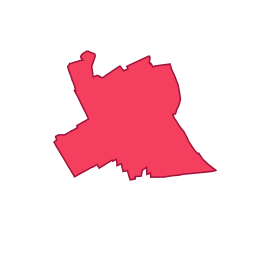 outline of Gighera, Dolj, Romania, rotated 233°
{"feature_id": "2599482B25349704513245", "entity_name": "Gighera", "entity_type": "district", "adm_level": 2, "iso_a3": "ROU", "parent_name": "Romania", "parent_adm1": "Dolj", "projection": "orthographic", "projection_center": [23.823, 43.841], "detail": "fine", "context": "isolated", "style": "filled", "palette": "rose", "viewbox_px": 256, "rotation_deg": 233, "n_neighbors": 0, "source": "geoboundaries", "source_scale": "gbopen_adm2", "svg_char_len": 5122}
<svg xmlns="http://www.w3.org/2000/svg" viewBox="0 0 256 256"><g transform="rotate(233 128 128)"><path d="M213.4,116.8L209.9,115.5L209.7,115.4L209.2,115.3L208.4,115.0L208.0,114.9L207.3,114.7L206.9,114.4L206.6,114.4L205.9,114.2L205.3,114.1L204.9,114.0L204.0,113.8L203.3,113.5L203.1,113.4L202.3,113.1L199.8,112.2L198.7,111.9L198.3,111.9L197.9,111.8L197.5,111.7L196.5,111.4L196.3,111.3L196.1,111.3L195.6,111.1L194.6,110.9L194.0,110.7L193.7,110.6L192.5,110.1L192.1,109.8L191.1,109.5L190.4,109.2L189.3,108.7L189.5,108.5L190.3,107.8L190.3,107.7L188.0,107.4L185.3,107.0L184.4,106.9L182.1,106.5L178.7,105.8L177.7,105.6L176.7,105.4L174.8,105.0L173.6,104.8L170.7,104.3L170.6,104.2L170.5,104.3L170.1,104.2L169.8,104.1L169.7,104.1L167.4,103.7L163.4,102.9L162.8,102.8L162.5,102.8L162.4,102.7L161.4,102.5L160.0,102.2L159.0,101.9L159.6,96.8L159.8,95.9L160.0,94.5L160.1,93.5L160.1,93.1L160.2,92.2L160.4,90.4L160.6,88.7L160.6,88.4L158.6,88.0L158.7,87.6L158.8,87.0L158.8,86.8L158.9,86.2L159.0,85.7L159.0,85.3L159.0,85.1L159.1,84.4L159.3,83.5L159.3,83.0L159.4,82.7L159.5,82.0L159.5,81.9L159.7,81.6L159.7,81.4L159.8,81.2L159.9,80.9L159.9,80.5L159.8,80.3L159.8,80.1L159.8,79.5L159.9,79.2L159.9,78.9L160.0,78.6L160.2,76.8L160.5,75.1L160.5,74.8L160.5,74.5L160.7,73.4L160.8,73.1L160.9,72.9L161.2,72.5L161.4,72.3L161.8,71.8L162.2,71.2L162.7,70.6L163.0,70.2L163.3,69.8L163.4,69.6L163.5,69.5L163.8,69.0L164.1,68.7L164.3,68.4L164.5,67.7L164.6,66.9L164.6,66.7L164.6,66.4L164.8,65.5L164.8,65.0L163.6,64.6L163.2,64.4L161.8,64.0L161.7,63.9L161.4,63.8L161.4,63.7L161.3,63.4L161.3,61.8L161.3,61.5L161.3,60.8L161.3,60.7L161.2,60.4L160.6,60.3L159.8,60.2L157.9,60.0L155.8,59.7L155.0,59.7L154.9,59.6L152.5,59.4L150.7,59.2L145.5,58.6L144.8,58.6L142.2,58.3L137.6,57.8L135.4,57.5L129.7,56.9L128.4,56.8L126.0,56.5L122.3,56.1L121.3,55.9L121.2,55.9L121.1,56.5L120.4,61.6L120.1,64.1L119.7,66.8L119.0,71.2L118.8,72.7L118.5,75.3L118.0,76.2L117.9,77.5L117.5,81.2L113.3,80.8L112.4,90.8L111.9,96.0L110.7,95.8L110.1,99.7L109.8,99.6L109.4,99.5L108.2,98.8L106.2,97.9L104.6,96.5L103.4,101.2L101.6,100.2L96.3,98.0L96.2,97.9L94.7,100.9L94.4,101.8L93.3,101.5L88.8,99.7L85.3,98.5L84.6,100.1L84.4,100.0L83.7,101.5L82.9,103.3L85.0,104.4L84.9,104.5L84.7,104.9L84.5,105.1L84.4,105.4L84.3,105.5L84.2,105.7L83.7,106.3L83.5,106.6L83.2,107.0L83.0,107.3L82.9,107.5L82.7,107.8L82.6,108.0L82.5,108.3L82.4,108.4L82.3,108.5L81.8,109.3L81.6,109.7L84.2,112.3L84.3,112.6L85.6,113.9L85.5,119.1L84.2,118.2L79.5,115.1L78.5,118.8L78.4,118.8L77.7,118.3L75.0,116.6L67.2,127.2L64.5,132.3L62.3,136.2L59.9,139.9L58.0,144.0L44.6,165.9L42.9,168.9L41.4,172.1L41.3,172.8L45.7,171.5L50.6,170.2L58.3,168.9L65.3,169.3L65.3,168.3L69.7,167.7L80.2,168.3L84.5,169.3L91.5,170.4L98.3,170.2L106.6,170.9L107.7,170.8L112.0,172.0L110.7,174.4L113.6,178.3L115.0,181.4L117.1,184.4L119.5,187.3L125.7,190.7L132.3,193.9L140.4,196.3L148.9,198.2L153.9,200.1L154.5,198.3L154.7,198.5L156.7,195.0L157.8,193.1L161.1,187.2L161.2,186.8L161.3,186.5L161.3,186.3L161.3,186.2L161.3,185.9L161.7,185.7L161.8,185.2L161.8,184.9L161.8,184.7L163.8,184.9L164.4,185.0L165.0,185.0L165.7,185.0L166.1,185.1L165.9,184.4L166.0,184.4L166.5,184.4L166.8,184.3L167.0,184.3L167.3,184.3L167.5,184.4L167.6,184.5L168.0,184.8L168.2,185.0L168.3,185.2L168.5,185.4L168.8,185.6L169.3,186.4L169.5,186.6L169.6,186.8L169.8,187.0L170.2,187.2L170.3,187.2L170.5,187.2L170.5,187.3L170.7,187.5L170.8,187.7L170.9,187.8L171.0,187.9L171.0,188.0L171.3,188.2L172.1,188.3L172.9,188.0L174.7,179.5L178.0,164.1L175.2,163.5L176.2,159.2L176.7,159.3L176.7,159.1L176.7,158.9L177.7,158.8L178.5,158.8L178.9,158.8L179.2,158.8L179.3,158.8L179.5,158.8L179.8,158.9L180.0,158.9L180.3,158.9L182.3,158.9L182.4,158.7L182.4,158.4L182.5,158.2L182.6,155.5L182.7,154.5L182.7,154.2L182.7,153.8L182.7,153.5L182.8,152.9L182.8,151.3L182.9,150.7L182.9,150.4L182.9,150.1L183.0,148.3L183.0,148.1L183.0,147.2L183.1,146.1L183.1,145.8L183.1,145.4L183.2,145.0L183.3,143.2L183.3,142.1L183.3,141.1L183.3,139.9L183.4,138.3L183.6,138.0L185.0,136.7L185.3,136.3L185.6,136.2L185.9,136.3L186.1,136.6L186.9,136.2L188.0,135.5L188.3,135.1L188.3,134.9L188.6,134.8L188.7,134.7L188.9,134.2L189.0,133.7L189.3,132.4L189.4,131.7L189.5,131.5L189.8,131.2L190.0,131.0L191.9,132.1L192.8,132.7L193.4,133.0L194.4,133.5L195.6,134.2L196.9,134.9L197.9,135.4L198.5,135.8L199.0,136.1L199.1,136.3L199.4,136.6L199.8,137.1L200.0,137.5L200.9,139.0L202.2,140.8L202.6,141.5L203.0,142.0L203.7,143.1L204.9,144.8L205.1,145.0L205.7,145.4L206.3,145.6L207.1,146.0L207.2,145.9L207.7,145.6L209.0,144.8L209.8,144.3L210.9,143.6L211.7,143.1L212.3,142.9L212.9,142.7L213.4,142.4L213.4,142.0L213.7,141.8L214.0,141.5L214.2,141.2L214.4,138.3L214.7,136.9L214.6,136.3L214.2,135.1L214.3,134.9L214.2,134.7L214.1,134.3L213.9,134.0L213.5,133.3L213.4,133.3L213.1,133.1L212.3,132.6L212.2,132.6L211.8,132.6L209.5,132.7L209.8,132.4L210.5,130.6L210.7,130.2L211.4,128.3L211.5,127.8L211.9,126.9L212.2,126.0L212.6,125.0L212.7,124.9L212.8,124.7L213.1,123.7L213.5,122.5L213.9,121.1L214.2,120.3L214.3,120.1L214.4,119.9L214.5,119.9L214.3,119.6L214.2,119.5L214.1,119.4L214.0,119.2L213.9,118.9L213.6,117.6L213.4,116.8Z" fill="#f43f5e" stroke="#9f1239" stroke-width="1.5"/></g></svg>